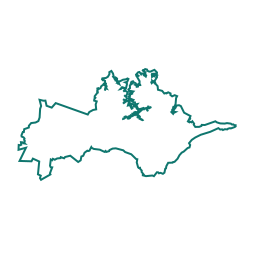 Howick Local Board Area, Auckland, New Zealand (orthographic projection), rotated 96°
{"feature_id": "76426892B48866186202191", "entity_name": "Howick Local Board Area", "entity_type": "district", "adm_level": 2, "iso_a3": "NZL", "parent_name": "New Zealand", "parent_adm1": "Auckland", "projection": "orthographic", "projection_center": [174.896, -36.924], "detail": "fine", "context": "isolated", "style": "outline", "palette": "teal", "viewbox_px": 256, "rotation_deg": 96, "n_neighbors": 0, "source": "geoboundaries", "source_scale": "gbopen_adm2", "svg_char_len": 5871}
<svg xmlns="http://www.w3.org/2000/svg" viewBox="0 0 256 256"><g transform="rotate(96 128 128)"><path d="M149.5,138.0L150.7,130.3L152.2,128.4L153.8,122.0L158.0,116.7L158.1,115.5L161.3,115.7L165.9,113.9L166.6,113.2L166.3,111.9L167.4,111.6L168.9,109.9L170.2,109.9L172.8,107.4L173.4,109.1L174.0,105.1L172.7,98.8L173.2,97.2L169.0,94.6L169.0,93.2L169.8,92.5L169.2,90.9L169.9,88.5L168.6,87.1L164.6,86.7L164.2,86.0L162.0,85.9L158.4,84.4L157.8,80.0L157.2,79.7L156.8,78.2L153.4,75.5L149.7,74.0L146.9,72.0L145.6,70.1L141.7,66.6L140.9,64.8L138.4,64.4L136.7,65.7L133.1,63.3L130.4,60.1L127.1,54.9L123.2,45.8L118.7,38.1L119.9,36.2L119.5,34.2L120.1,33.4L119.1,31.6L119.0,29.1L118.2,28.4L117.5,26.5L117.7,25.7L115.9,22.0L115.1,21.1L114.0,21.3L114.2,22.2L113.4,23.7L113.7,24.9L112.9,26.2L112.8,30.1L113.5,32.3L113.8,36.8L113.1,40.2L112.2,41.8L117.0,51.9L117.2,55.0L118.3,55.2L119.4,57.3L119.9,61.2L117.8,63.0L116.8,62.7L114.6,64.7L115.7,65.5L115.2,67.1L115.9,67.6L115.2,69.1L112.3,67.9L112.3,66.2L112.2,67.9L109.6,67.1L106.9,73.8L100.7,77.7L100.0,79.6L100.6,82.1L103.0,82.9L105.4,84.6L107.0,83.9L107.1,82.4L108.3,84.2L109.2,84.6L107.6,86.5L106.5,85.2L105.7,85.4L105.4,86.7L105.2,85.7L102.9,84.7L102.2,85.9L102.4,84.2L99.3,83.2L93.2,83.3L91.2,82.5L90.5,85.0L91.9,87.4L90.7,89.3L89.2,89.3L88.3,91.8L89.5,93.2L89.2,93.7L89.9,95.5L87.5,97.9L86.8,102.2L83.3,102.9L81.2,105.2L79.8,105.8L80.1,108.5L80.9,109.1L80.1,109.6L79.5,108.7L78.4,108.9L79.0,108.0L78.7,107.4L79.8,106.6L78.3,106.4L74.5,104.5L72.1,104.9L71.7,106.1L71.8,106.6L72.2,105.5L72.9,107.4L73.9,107.0L73.7,108.6L74.6,109.4L72.7,109.8L72.4,108.2L72.0,109.7L71.6,109.7L70.9,105.0L69.7,105.0L67.4,107.8L69.6,111.7L69.7,112.8L69.1,114.6L67.9,115.2L67.6,117.1L68.5,117.6L68.7,119.0L69.3,119.3L70.8,117.1L70.7,116.5L72.9,116.4L73.8,115.4L75.0,115.7L73.8,117.5L74.3,118.3L73.1,117.6L72.4,117.9L72.3,120.2L73.2,120.6L71.1,122.5L71.5,123.7L74.1,125.6L74.8,125.3L74.2,124.5L74.8,124.1L74.7,123.4L75.0,123.0L76.1,124.4L80.2,121.4L82.4,121.2L83.1,122.1L83.9,120.8L83.7,119.6L84.0,120.0L84.1,122.6L84.7,122.8L85.2,121.5L85.2,122.6L85.7,122.4L86.5,122.4L85.9,122.7L86.1,123.7L84.8,124.1L84.3,125.4L83.6,124.4L82.7,125.1L81.9,127.2L81.0,127.9L81.7,129.4L83.0,129.8L83.4,128.5L85.4,130.6L88.1,130.2L89.6,131.6L91.1,130.6L90.8,129.2L91.8,128.0L91.0,128.0L91.1,126.5L92.5,127.6L93.4,127.4L93.8,128.1L92.5,128.9L93.2,129.9L94.5,130.3L94.6,129.5L95.4,129.4L96.6,130.3L97.0,129.5L98.8,130.5L99.8,129.3L101.0,129.4L98.7,128.3L98.9,127.6L99.3,128.5L100.5,128.0L100.3,126.7L99.4,125.9L99.5,125.5L101.1,126.5L101.9,125.2L101.8,123.8L104.1,123.1L103.9,121.9L103.2,121.5L103.1,121.1L104.6,122.0L107.9,119.9L108.0,118.2L106.5,114.8L107.0,114.5L106.2,111.7L105.3,110.3L103.7,110.1L105.7,109.8L104.7,107.0L106.2,109.1L105.8,110.3L106.4,111.8L107.2,111.0L109.3,109.9L106.7,112.1L106.9,113.4L107.8,114.1L107.3,115.4L108.3,117.6L109.0,117.5L108.9,117.1L109.0,116.5L112.6,119.8L112.2,122.5L113.3,121.8L113.7,119.7L115.4,117.4L117.1,117.4L118.3,114.6L118.6,114.3L118.7,114.5L117.5,117.7L116.2,117.8L116.1,119.2L116.8,120.4L116.0,119.4L115.9,118.3L114.0,120.0L114.1,122.4L115.3,123.0L114.1,122.6L113.8,123.9L115.3,124.3L116.4,126.1L116.3,127.4L117.8,127.1L118.6,128.2L118.6,129.3L117.2,130.3L116.9,131.8L117.5,132.6L118.2,132.2L118.3,132.1L118.5,132.2L119.3,133.2L119.2,133.8L119.4,134.0L119.5,134.1L119.4,134.2L119.3,134.5L119.2,133.7L119.3,133.3L118.4,132.2L117.5,132.6L116.8,131.8L116.9,130.3L118.4,128.9L118.3,128.3L116.3,128.2L115.7,126.3L114.5,127.3L115.2,126.2L115.0,124.6L113.4,125.1L113.1,123.1L111.6,124.2L112.4,123.4L111.3,122.6L111.3,120.1L108.8,119.4L107.9,121.2L105.8,122.4L106.1,124.6L105.0,124.3L103.9,125.4L103.5,127.4L104.5,128.2L104.9,127.3L106.2,127.0L106.0,126.1L106.7,126.9L108.0,125.8L108.4,126.4L104.9,128.7L105.6,130.4L104.4,130.2L104.1,129.5L103.4,129.9L103.1,128.8L101.0,129.7L101.7,129.9L101.0,131.0L101.3,132.1L104.2,135.4L101.3,133.7L99.9,135.9L100.9,133.0L98.7,132.3L96.9,132.8L97.0,133.7L95.8,135.2L96.7,133.8L96.5,133.1L92.5,132.0L91.1,134.8L92.2,136.4L90.2,135.1L88.9,135.8L88.6,138.1L89.9,139.1L90.1,139.7L88.0,138.1L88.8,134.2L84.3,133.6L83.4,134.0L82.9,135.5L82.1,133.6L79.2,132.7L78.8,133.7L79.8,135.2L80.5,138.0L82.5,141.1L82.6,142.7L85.1,141.4L84.7,142.1L85.7,142.5L84.2,142.6L84.2,143.5L83.3,143.0L81.8,143.8L82.5,144.0L80.1,144.0L79.6,144.6L80.6,145.2L82.9,145.3L81.6,145.4L81.2,146.1L81.6,146.6L80.4,146.0L80.7,146.1L81.2,145.6L79.2,146.1L79.7,147.0L78.5,148.2L78.0,147.7L75.4,148.6L73.0,150.5L74.4,152.4L76.4,152.1L79.2,153.4L80.6,155.3L81.3,158.7L82.3,158.9L83.2,157.9L83.0,156.9L83.5,155.8L85.5,155.5L86.4,156.6L87.4,155.9L86.7,154.6L88.1,154.6L88.7,153.6L90.4,154.0L91.0,153.5L90.8,154.3L93.2,154.9L90.6,154.8L89.7,154.0L88.0,155.4L87.4,157.0L89.3,159.0L91.3,159.6L92.2,161.1L91.5,161.7L91.9,162.6L95.2,161.9L95.0,162.4L96.4,162.3L99.8,164.4L100.9,164.4L101.4,163.6L102.7,164.5L104.3,164.5L104.8,161.9L107.9,162.6L112.8,161.6L113.7,164.6L116.2,168.2L118.8,169.4L110.8,202.5L115.7,206.0L114.4,211.3L109.4,213.0L109.7,215.0L109.2,218.9L115.2,216.7L118.1,217.4L126.8,217.0L130.5,217.9L132.2,220.5L133.2,224.8L136.1,226.8L137.9,226.7L140.0,231.1L142.9,231.2L143.0,232.2L146.4,233.2L147.6,232.9L148.2,230.9L149.3,229.8L150.6,230.1L151.6,229.3L153.8,229.5L154.2,229.0L154.1,230.6L153.3,231.2L153.3,233.0L155.8,232.4L156.4,233.4L156.3,234.9L161.1,234.6L158.3,227.4L172.1,232.4L171.2,220.5L168.4,219.4L170.6,212.8L183.5,212.7L184.5,209.8L187.0,210.3L188.6,209.1L182.3,200.3L181.3,200.9L175.1,199.3L175.1,200.8L173.7,201.6L167.4,201.5L168.0,200.1L166.5,199.5L167.2,197.5L165.7,195.3L165.0,192.0L164.0,191.8L164.8,188.4L163.4,187.5L161.6,182.5L167.0,174.0L165.1,171.7L161.2,171.4L160.3,169.6L157.1,168.6L154.8,166.1L155.1,165.3L154.6,164.0L150.8,162.5L151.6,161.9L152.4,159.8L152.5,153.8L154.2,148.9L153.2,147.9L154.1,147.2L153.0,144.4L151.9,144.1L150.1,141.2L149.5,138.0Z" fill="none" stroke="#0f766e" stroke-width="2"/></g></svg>